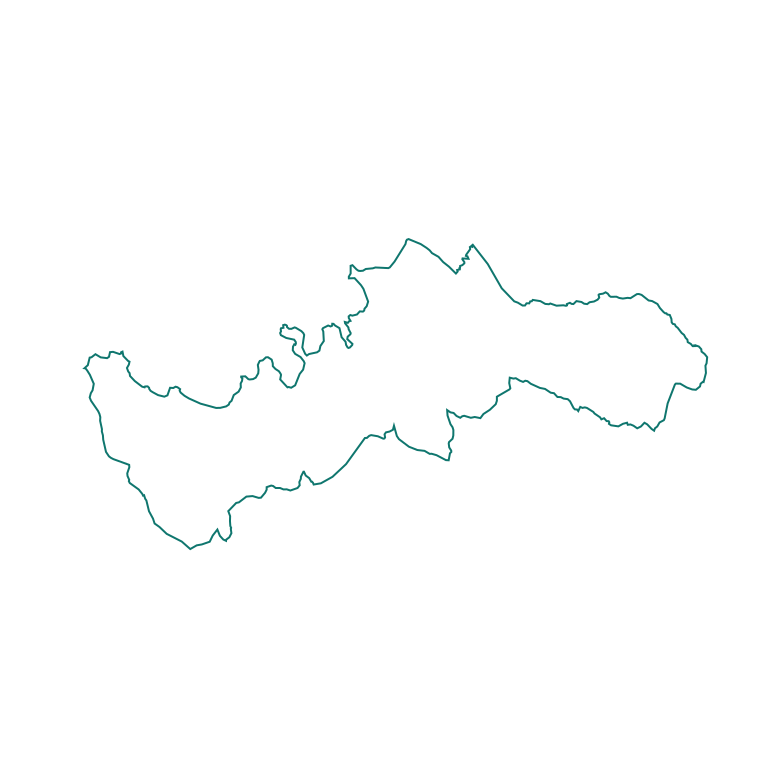 outline of Magu, Mwanza, United Republic of Tanzania, rotated 320°
{"feature_id": "72390352B80484439449184", "entity_name": "Magu", "entity_type": "district", "adm_level": 2, "iso_a3": "TZA", "parent_name": "United Republic of Tanzania", "parent_adm1": "Mwanza", "projection": "equal_earth", "projection_center": [33.405, -2.609], "detail": "fine", "context": "isolated", "style": "outline", "palette": "teal", "viewbox_px": 768, "rotation_deg": 320, "n_neighbors": 0, "source": "geoboundaries", "source_scale": "gbopen_adm2", "svg_char_len": 6166}
<svg xmlns="http://www.w3.org/2000/svg" viewBox="0 0 768 768"><g transform="rotate(320 384 384)"><path d="M118.6,343.4L120.1,349.2L121.2,359.1L127.8,374.7L129.5,385.9L136.8,387.2L141.3,389.8L149.1,392.8L155.4,390.0L162.8,388.4L160.7,394.8L160.9,399.8L162.2,402.6L163.0,401.8L167.0,402.0L171.2,400.2L173.6,396.4L174.4,396.0L175.0,394.0L177.9,390.0L181.2,386.3L183.0,381.3L194.3,380.1L196.8,381.4L206.2,381.8L211.3,385.4L214.8,390.7L216.7,392.0L223.0,390.9L226.2,389.5L227.8,387.6L232.3,389.3L233.5,390.9L234.2,394.1L237.5,396.8L239.2,400.1L241.8,402.2L243.8,405.4L250.9,408.1L254.3,407.4L256.1,404.7L259.3,403.2L260.8,401.6L265.9,399.4L266.3,399.7L265.2,403.8L266.2,408.0L265.5,412.2L266.1,412.6L266.1,414.1L265.5,415.8L271.8,419.5L284.9,422.0L303.4,421.0L334.7,413.1L336.2,414.3L339.4,414.2L341.3,414.9L345.7,420.1L348.3,425.4L349.3,426.0L350.5,425.6L352.1,422.9L354.4,422.3L357.7,424.0L361.4,424.8L364.8,422.4L360.4,432.1L360.0,435.9L362.8,448.1L367.1,456.0L372.1,461.3L374.1,466.9L375.6,468.0L378.5,472.3L382.5,482.1L384.5,484.0L390.0,479.5L391.9,479.3L392.7,478.2L393.2,474.5L395.4,471.1L396.5,470.3L401.3,470.0L404.0,468.0L407.6,463.8L408.7,461.2L409.1,457.5L412.4,449.0L415.6,444.6L416.7,448.5L418.7,450.9L419.0,455.1L420.7,458.9L423.2,459.0L425.0,459.9L428.8,465.7L432.3,467.6L435.9,472.1L440.9,470.9L448.5,471.8L456.6,471.3L459.7,469.4L462.3,466.3L476.7,468.8L478.0,468.5L480.5,463.8L484.4,460.0L486.6,463.0L488.7,464.3L490.2,468.7L491.9,471.8L494.3,472.3L495.7,474.0L496.6,478.2L500.9,487.2L504.2,491.3L506.1,497.8L508.3,500.3L508.5,505.4L511.0,507.7L512.2,510.6L515.0,513.7L515.4,516.8L513.8,524.1L513.9,526.1L515.5,527.7L515.4,529.6L519.6,527.7L520.7,529.9L522.8,531.0L524.1,532.8L526.4,540.0L526.3,541.9L528.1,548.4L527.8,550.8L530.6,551.7L530.7,555.5L532.2,556.9L532.0,558.1L530.7,559.1L531.4,561.6L536.3,567.1L541.5,568.1L545.3,569.9L544.5,571.9L546.8,573.4L548.3,576.3L549.5,580.7L553.5,581.7L558.6,581.1L559.7,584.1L560.1,590.4L560.9,593.4L563.1,592.1L566.0,592.2L570.4,590.6L575.1,591.6L576.8,590.8L588.8,581.2L606.5,571.4L607.8,571.3L611.1,574.1L613.7,581.3L616.6,586.3L619.2,588.9L624.5,589.0L626.7,587.3L629.8,587.3L630.1,587.9L637.7,582.5L642.0,576.6L644.4,575.5L648.8,571.2L648.9,567.1L648.1,563.3L649.4,561.3L649.3,557.7L647.6,554.8L647.3,555.1L646.6,554.1L646.3,554.6L644.8,553.4L644.8,550.5L643.6,547.2L644.9,545.0L644.7,542.6L645.4,539.2L644.8,536.3L645.1,529.7L644.6,527.4L645.1,525.2L643.9,523.6L644.0,521.7L646.0,518.9L647.3,514.8L645.7,512.9L645.8,511.4L644.9,510.7L644.4,508.7L644.2,503.2L644.9,498.5L642.7,492.8L640.4,490.1L638.6,481.3L637.1,478.9L635.5,477.7L628.0,476.7L626.0,474.6L621.9,472.1L619.5,469.3L618.2,466.6L613.8,463.0L613.3,461.5L613.5,458.7L612.7,456.2L609.9,455.6L606.6,453.6L605.6,453.7L604.4,456.2L601.9,456.7L597.9,455.8L594.0,453.5L591.0,453.4L588.9,451.1L588.0,448.1L584.7,444.2L580.5,444.5L579.2,443.2L578.6,441.3L575.5,440.3L574.7,441.4L573.7,441.1L572.0,439.0L566.5,434.9L563.1,429.2L561.6,428.9L559.0,426.3L557.1,421.1L552.0,415.2L550.4,415.6L549.1,414.7L547.1,415.6L545.0,413.8L542.5,414.5L540.6,413.0L538.8,407.7L536.9,404.4L535.7,386.4L540.6,358.8L541.5,334.4L540.3,334.4L539.6,335.5L538.9,334.4L537.8,334.3L536.7,336.1L530.1,337.8L529.1,338.5L530.0,339.8L529.2,342.4L524.9,338.3L524.2,338.8L523.9,342.3L523.1,343.2L520.4,343.3L518.2,342.5L516.8,344.0L516.2,343.8L515.7,344.9L513.3,343.7L512.7,345.2L510.1,345.6L509.2,335.9L507.7,328.6L507.5,321.6L504.9,314.6L504.9,310.9L504.1,307.1L502.1,300.5L496.0,288.8L494.3,288.2L492.9,288.7L490.4,290.6L470.8,297.0L463.4,298.4L461.8,298.0L452.3,289.2L449.8,288.2L444.0,284.2L440.7,283.7L438.4,282.1L437.2,280.8L436.6,278.5L436.2,272.7L434.4,272.0L429.5,277.9L426.0,279.2L425.0,280.5L429.5,284.0L429.9,293.5L429.4,297.9L424.8,310.7L420.7,313.3L417.5,313.8L416.0,315.0L414.4,315.0L412.1,312.8L408.0,313.4L403.7,311.3L402.5,309.5L400.4,309.5L399.4,310.9L398.9,314.1L397.6,313.5L395.6,313.9L393.9,311.3L393.2,312.5L393.1,317.7L392.1,319.4L391.2,323.6L390.2,324.3L386.6,324.4L384.7,326.0L385.6,333.0L384.7,333.7L381.4,334.1L380.0,333.6L379.6,332.6L380.1,329.7L381.7,326.9L381.6,320.9L385.8,312.6L384.1,307.7L384.0,305.5L383.1,304.6L381.7,306.0L380.1,305.6L378.8,303.3L373.2,302.0L372.0,302.4L371.2,304.8L365.5,312.4L359.7,314.0L356.0,316.9L353.1,316.7L345.9,312.9L343.2,312.6L343.0,310.2L344.9,303.5L354.4,295.1L354.9,293.2L354.7,290.4L352.6,284.3L351.9,283.2L348.5,282.2L346.7,280.6L346.3,278.1L347.1,276.9L346.9,276.0L346.2,274.8L344.6,274.1L343.1,276.3L340.9,275.1L340.1,275.6L338.9,277.5L337.2,278.2L336.4,280.3L338.7,285.9L343.7,292.3L343.4,295.1L342.5,296.4L341.3,297.0L340.8,295.9L338.3,296.9L335.8,299.5L335.3,303.8L337.4,309.7L337.2,314.9L336.6,317.0L331.3,321.0L325.9,322.1L315.1,327.9L310.5,327.2L309.0,325.0L307.9,324.5L307.4,313.8L311.0,310.8L311.4,309.6L311.7,306.7L310.5,302.7L310.3,298.9L312.1,296.6L313.6,293.1L312.3,288.9L310.7,287.7L306.3,287.9L303.7,286.5L302.3,287.0L299.6,288.3L297.0,292.5L294.5,295.0L289.9,296.7L286.9,296.1L284.0,294.2L283.2,293.1L282.7,289.0L279.4,286.5L278.9,287.1L279.0,288.8L277.2,290.4L274.5,291.5L272.1,294.6L267.7,296.4L261.8,295.9L256.4,298.9L253.8,298.9L251.9,300.0L248.7,299.7L243.2,297.0L240.0,294.4L230.8,281.1L225.3,269.7L223.6,264.8L222.7,259.8L223.2,257.7L224.5,256.9L223.7,253.7L222.6,252.1L220.0,251.6L217.7,249.4L210.8,253.5L207.6,252.5L203.8,247.3L201.6,241.7L200.8,239.2L201.0,236.9L201.6,235.9L201.4,233.9L199.4,232.3L198.5,232.7L197.0,230.6L195.0,221.6L194.6,214.6L196.1,212.1L196.1,210.0L197.4,206.5L201.1,205.1L203.4,203.3L202.8,201.9L202.3,195.1L204.5,191.1L203.0,190.7L202.1,191.6L200.7,191.1L197.1,185.2L194.6,183.5L190.8,186.4L188.5,186.2L184.1,181.5L182.1,175.7L177.1,175.5L175.5,174.6L169.2,179.2L164.7,179.4L165.4,180.2L165.3,182.9L164.6,187.9L161.8,197.3L156.7,201.5L153.5,202.6L149.9,205.1L148.8,208.5L147.6,220.9L146.8,224.0L145.4,227.0L142.9,229.7L138.9,237.3L137.4,238.9L135.7,242.6L133.1,246.2L127.4,257.3L126.8,262.6L127.3,264.9L128.4,267.6L136.8,282.1L135.5,284.0L129.9,287.4L128.4,289.6L127.2,293.7L126.1,294.4L125.6,296.4L128.3,307.1L128.2,312.7L127.7,314.7L128.7,315.0L127.3,318.4L127.1,320.5L122.2,330.4L120.5,338.7L118.6,343.4Z" fill="none" stroke="#0f766e" stroke-width="2"/></g></svg>